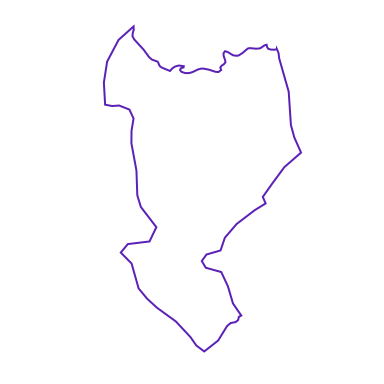 map outline of Gaziantep (Robinson projection), rotated 278°
{"feature_id": "TUR-3016", "entity_name": "Gaziantep", "entity_type": "Province", "adm_level": 1, "iso_a3": "TUR", "parent_name": "Turkey", "parent_adm1": "", "projection": "robinson", "projection_center": [37.547, 37.105], "detail": "fine", "context": "isolated", "style": "outline", "palette": "violet", "viewbox_px": 384, "rotation_deg": 278, "n_neighbors": 0, "source": "natural_earth", "source_scale": "10m", "svg_char_len": 1479}
<svg xmlns="http://www.w3.org/2000/svg" viewBox="0 0 384 384"><g transform="rotate(278 192 192)"><path d="M345.4,256.1L341.8,258.3L336.3,259.8L304.8,273.8L272.2,280.6L260.3,285.7L246.2,294.5L229.5,280.0L211.2,270.1L197.0,262.8L190.9,266.5L182.8,256.7L166.6,240.7L151.3,230.9L138.1,228.4L132.1,215.0L125.0,211.3L118.9,216.2L116.8,232.1L103.6,240.7L87.3,248.1L76.5,258.0L74.9,255.8L71.7,255.5L69.3,253.4L67.6,248.5L64.2,245.4L48.6,238.6L35.8,226.3L40.6,217.6L47.9,210.9L61.6,194.0L72.4,173.6L80.1,162.4L89.0,152.6L112.8,142.1L122.1,129.9L131.5,135.7L137.1,156.8L152.2,161.6L170.1,143.4L181.1,138.3L205.5,134.0L231.9,125.2L244.2,123.6L256.6,123.9L264.9,118.6L267.5,107.8L266.0,100.9L266.4,93.8L288.1,89.5L309.3,89.8L332.4,98.1L347.8,111.1L344.5,111.7L341.2,111.2L338.0,111.4L335.0,113.6L326.3,124.2L319.7,130.6L317.6,133.7L316.3,139.8L315.1,140.8L313.6,141.5L312.1,142.7L311.0,144.8L308.8,153.4L311.6,155.2L313.9,157.8L315.4,161.3L315.5,166.3L314.2,166.3L312.9,163.6L311.1,163.2L309.5,164.9L308.8,168.8L309.4,172.7L310.8,175.8L314.2,180.9L315.4,183.7L315.8,185.9L315.5,191.6L314.3,198.5L314.5,201.5L316.9,203.9L319.3,202.7L321.2,203.8L323.0,205.8L324.9,207.0L326.6,206.7L331.2,204.4L333.8,203.9L336.0,205.1L335.6,207.8L333.1,213.6L333.1,217.3L333.7,219.2L336.5,222.5L341.8,227.2L342.5,229.0L342.8,235.1L343.2,237.5L343.9,239.7L347.3,243.4L348.2,245.4L346.0,246.2L344.4,247.6L344.0,250.7L344.4,254.0L345.3,256.1L345.4,256.1Z" fill="none" stroke="#5b21b6" stroke-width="2"/></g></svg>